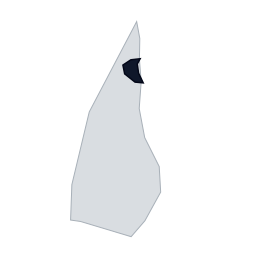 Mauren on a map of Liechtenstein (Mercator projection), rotated 11°
{"feature_id": "LIE-4900", "entity_name": "Mauren", "entity_type": "state/province", "adm_level": 1, "iso_a3": "LIE", "parent_name": "Liechtenstein", "parent_adm1": "", "projection": "mercator", "projection_center": [9.538, 47.223], "detail": "fine", "context": "in_parent", "style": "filled", "palette": "ink", "viewbox_px": 256, "rotation_deg": 11, "n_neighbors": 0, "source": "natural_earth", "source_scale": "10m", "svg_char_len": 503}
<svg xmlns="http://www.w3.org/2000/svg" viewBox="0 0 256 256"><g transform="rotate(11 128 128)"><path d="M151.8,234.1L99.1,228.8L89.2,229.3L83.7,194.3L86.9,119.6L116.2,21.9L122.5,37.9L126.1,58.4L132.1,80.1L135.3,106.8L146.2,134.2L166.0,159.9L172.3,184.7L162.3,215.8L151.8,234.1Z" fill="#d9dde1" stroke="#a8b0b8" stroke-width="1"/><path d="M126.7,57.7L124.9,63.4L127.9,72.1L134.3,80.8L126.1,81.6L114.4,75.5L111.0,67.2L117.8,60.5L126.7,57.7Z" fill="#0f172a" stroke="#020617" stroke-width="1.5"/></g></svg>